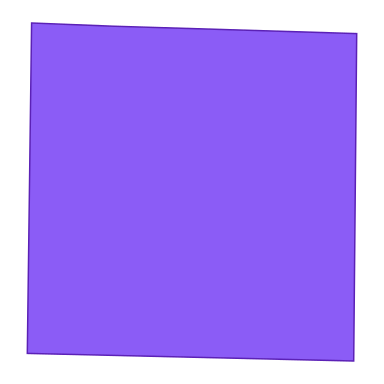 the district of McDonough, Illinois, United States of America
{"feature_id": "52423323B27317612886822", "entity_name": "McDonough", "entity_type": "district", "adm_level": 2, "iso_a3": "USA", "parent_name": "United States of America", "parent_adm1": "Illinois", "projection": "equal_earth", "projection_center": [-90.715, 40.458], "detail": "fine", "context": "isolated", "style": "filled", "palette": "violet", "viewbox_px": 384, "rotation_deg": 0, "n_neighbors": 0, "source": "geoboundaries", "source_scale": "gbopen_adm2", "svg_char_len": 198}
<svg xmlns="http://www.w3.org/2000/svg" viewBox="0 0 384 384"><path d="M112.8,26.2L31.6,23.0L27.3,353.4L353.7,361.0L356.7,33.6L112.8,26.2Z" fill="#8b5cf6" stroke="#5b21b6" stroke-width="1.5"/></svg>